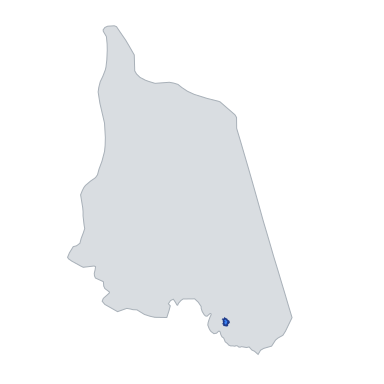 Damascus, Damascus, Syria shown in context, rotated 287°
{"feature_id": "27442178B22471987034404", "entity_name": "Damascus", "entity_type": "district", "adm_level": 2, "iso_a3": "SYR", "parent_name": "Syria", "parent_adm1": "Damascus", "projection": "orthographic", "projection_center": [36.287, 33.515], "detail": "fine", "context": "in_parent", "style": "filled", "palette": "blue", "viewbox_px": 384, "rotation_deg": 287, "n_neighbors": 0, "source": "geoboundaries", "source_scale": "gbopen_adm2", "svg_char_len": 3467}
<svg xmlns="http://www.w3.org/2000/svg" viewBox="0 0 384 384"><g transform="rotate(287 192 192)"><path d="M61.3,138.0L64.4,138.3L71.1,142.4L72.2,142.3L74.2,136.9L76.2,135.1L80.3,133.5L81.5,124.8L83.4,123.2L85.7,122.3L89.3,122.1L92.4,121.6L92.6,120.0L88.2,110.0L88.6,107.5L90.7,97.4L92.0,93.4L93.2,92.1L98.1,92.6L105.0,94.4L106.8,97.3L110.2,99.8L115.2,99.6L121.0,100.0L125.6,100.1L129.2,98.3L137.3,94.8L141.3,93.6L145.0,92.1L156.7,86.3L161.4,86.7L164.7,87.3L167.2,88.2L172.8,91.8L177.5,95.5L180.8,96.6L186.6,96.4L195.0,96.9L205.3,96.5L211.2,95.3L218.8,93.2L232.3,88.2L249.9,78.0L260.2,73.0L264.7,72.3L270.6,72.0L276.5,72.9L283.3,73.4L286.4,73.2L293.5,71.9L302.8,69.5L308.6,67.6L315.6,64.7L319.7,60.2L321.1,59.6L323.0,60.3L323.9,60.6L325.9,62.9L328.2,69.0L328.2,69.7L328.0,71.5L323.6,76.9L317.8,84.2L313.5,88.9L306.2,96.7L300.6,98.6L291.1,101.8L288.6,104.5L286.4,108.8L285.3,114.6L285.1,118.2L285.1,124.9L287.8,131.8L290.3,138.3L290.8,142.7L290.8,147.1L288.9,151.8L287.0,158.3L286.0,165.6L285.9,179.1L286.5,190.6L286.4,192.5L282.7,200.8L278.4,210.5L276.3,212.8L265.9,216.1L254.8,223.5L242.3,231.7L230.9,239.2L218.9,247.0L206.3,255.1L197.4,260.8L185.3,268.5L174.3,275.8L163.2,283.1L154.6,288.7L141.7,297.4L134.0,302.5L122.8,310.0L112.8,316.6L101.1,324.4L86.2,322.1L81.5,320.8L77.7,317.1L74.9,315.2L67.9,313.2L63.4,306.3L60.7,303.8L56.0,302.7L58.0,298.3L58.4,295.4L60.5,291.9L59.2,289.6L58.6,284.6L57.7,283.4L57.4,282.1L58.1,280.5L57.9,278.9L57.1,278.2L56.7,275.7L56.1,273.9L56.4,271.7L57.4,270.3L58.5,267.5L59.7,266.6L61.7,264.9L62.2,263.1L64.0,261.3L66.4,259.9L66.9,258.7L66.6,258.1L64.2,256.8L62.9,254.4L64.1,251.1L64.8,250.0L66.3,248.4L69.4,246.0L71.9,245.6L74.0,245.6L77.6,245.8L80.4,246.2L81.2,245.6L81.1,244.8L77.6,242.7L77.4,241.1L78.3,239.4L80.7,236.7L83.6,234.7L85.1,234.3L88.4,230.3L90.6,225.8L87.1,214.8L85.0,213.1L81.6,211.6L79.6,211.4L79.5,210.7L82.1,207.9L84.0,205.5L81.9,203.2L78.2,202.1L76.8,204.5L72.0,204.7L64.6,204.6L61.3,193.1L60.9,188.1L61.0,182.3L63.2,173.8L62.2,169.9L62.1,167.3L61.6,163.6L55.8,155.8L59.0,141.5L61.3,138.0Z" fill="#d9dde1" stroke="#a8b0b8" stroke-width="1"/><path d="M77.2,260.3L77.1,260.2L76.7,260.3L76.2,260.6L75.9,260.7L75.8,260.8L75.7,260.8L75.4,261.0L75.4,260.9L75.2,260.7L75.2,260.8L75.0,261.0L74.9,261.2L74.7,261.2L74.5,261.3L74.4,261.3L74.2,261.4L74.2,261.5L74.3,261.6L74.1,261.7L74.0,261.8L73.9,261.8L74.0,262.3L74.4,262.3L74.4,262.5L74.5,263.9L74.3,263.9L74.4,264.1L74.5,264.2L74.4,264.3L74.3,264.5L74.7,264.7L74.9,264.6L75.0,264.8L75.2,264.7L75.3,264.6L75.6,264.4L75.8,264.2L76.0,264.2L76.1,264.4L76.9,264.7L76.9,264.8L77.0,264.8L77.1,264.7L77.3,264.5L77.4,264.4L77.5,264.4L77.5,264.5L77.4,265.0L77.5,265.0L77.6,265.3L77.8,265.3L77.8,265.2L78.0,265.2L78.3,265.1L78.2,265.0L78.2,264.9L78.3,264.8L78.5,264.8L78.5,265.0L78.6,264.9L78.7,265.0L78.8,265.1L79.0,265.1L79.0,264.9L79.0,264.7L79.3,264.5L79.3,264.3L79.2,264.3L79.0,264.2L79.2,263.9L79.3,263.9L79.4,263.7L79.5,263.7L79.6,263.4L79.7,263.1L79.8,263.1L79.8,262.9L79.9,262.6L80.0,262.5L80.0,262.4L80.1,262.2L80.4,262.1L80.5,262.1L80.5,261.9L80.4,261.8L80.2,261.8L80.3,261.8L80.5,261.2L80.7,260.8L80.7,260.7L80.7,260.4L80.8,260.2L80.7,260.2L80.4,260.1L80.2,260.1L79.9,260.1L79.8,259.8L79.7,259.8L79.4,259.8L79.5,259.8L79.5,259.7L79.4,259.6L79.2,259.6L79.3,259.6L79.3,259.4L79.2,259.5L79.1,259.4L79.1,259.5L78.9,259.7L79.0,259.7L79.0,259.8L77.9,259.8L77.7,259.9L77.5,260.0L77.4,260.0L77.2,260.2L77.2,260.3Z" fill="#3b82f6" stroke="#1e3a8a" stroke-width="1.5"/></g></svg>